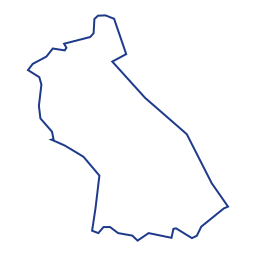 an SVG outline of Rhondda, Cynon, Taff
{"feature_id": "GBR-2115", "entity_name": "Rhondda, Cynon, Taff", "entity_type": "Unitary Authority (wales)", "adm_level": 1, "iso_a3": "GBR", "parent_name": "United Kingdom", "parent_adm1": "", "projection": "equal_earth", "projection_center": [-3.436, 51.659], "detail": "fine", "context": "isolated", "style": "outline", "palette": "blue", "viewbox_px": 256, "rotation_deg": 0, "n_neighbors": 0, "source": "natural_earth", "source_scale": "10m", "svg_char_len": 661}
<svg xmlns="http://www.w3.org/2000/svg" viewBox="0 0 256 256"><path d="M187.2,135.0L211.7,183.2L228.0,206.6L223.7,208.5L201.3,226.6L196.8,235.8L193.0,237.6L191.9,238.1L176.0,228.3L173.4,228.9L171.5,237.8L148.6,233.1L137.6,240.6L132.3,235.6L118.1,233.1L110.0,227.0L103.5,227.1L98.3,233.1L92.1,230.7L95.5,208.3L99.4,175.6L83.5,156.8L64.7,145.5L51.5,139.7L53.5,139.2L52.0,131.7L40.4,118.4L38.9,105.8L41.4,84.6L39.3,77.2L28.0,70.1L32.7,63.9L46.4,56.6L52.8,48.5L64.7,50.4L66.4,47.8L64.1,43.7L90.2,37.0L93.6,33.2L94.4,19.0L98.0,15.7L105.5,15.4L114.1,18.8L126.2,54.1L112.3,61.6L145.1,97.9L186.8,134.2L187.2,135.0Z" fill="none" stroke="#1e3a8a" stroke-width="2"/></svg>